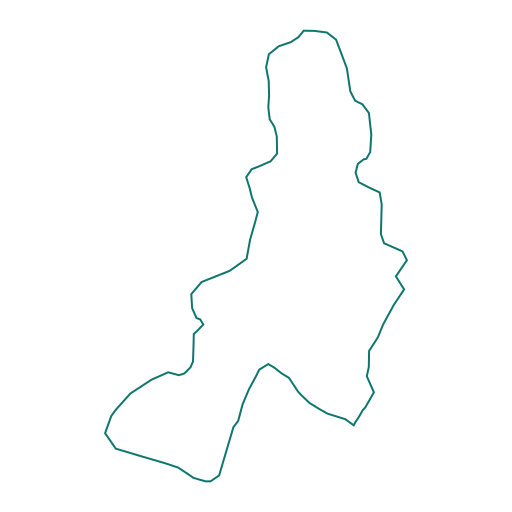 outline of Meme, Sud-Ouest, Cameroon
{"feature_id": "32672807B73139620026087", "entity_name": "Meme", "entity_type": "district", "adm_level": 2, "iso_a3": "CMR", "parent_name": "Cameroon", "parent_adm1": "Sud-Ouest", "projection": "mercator", "projection_center": [9.319, 4.685], "detail": "fine", "context": "isolated", "style": "outline", "palette": "teal", "viewbox_px": 512, "rotation_deg": 0, "n_neighbors": 0, "source": "geoboundaries", "source_scale": "gbopen_adm2", "svg_char_len": 1446}
<svg xmlns="http://www.w3.org/2000/svg" viewBox="0 0 512 512"><path d="M404.1,289.4L395.9,276.4L406.9,260.2L402.5,251.4L384.1,243.3L380.9,234.2L381.7,204.4L379.7,192.5L368.8,187.4L358.7,182.2L355.6,172.7L357.8,163.9L363.6,159.4L366.4,158.8L370.2,152.1L371.3,134.5L368.9,113.0L362.4,104.3L355.1,100.7L350.3,91.3L346.9,68.4L336.1,39.7L326.9,32.5L314.4,30.9L303.7,30.7L298.5,37.1L290.9,42.1L278.8,46.2L268.9,54.2L266.1,67.3L268.7,81.0L269.1,95.5L268.3,107.2L269.7,119.3L274.4,126.8L276.8,136.5L276.9,142.9L277.1,153.6L270.6,161.3L258.4,166.6L251.7,169.2L246.2,177.2L249.7,188.3L250.7,192.4L252.1,197.9L257.8,212.0L255.2,221.9L253.7,227.1L250.1,239.6L246.6,258.8L229.7,270.8L201.6,282.0L191.3,294.1L191.7,301.5L192.2,308.3L196.5,318.0L200.2,319.4L203.3,324.5L197.3,330.8L193.8,333.9L193.5,346.5L193.0,361.5L190.5,367.3L184.3,373.5L178.9,375.2L168.2,372.3L151.7,379.6L146.3,383.1L130.4,393.5L115.8,409.8L111.3,415.9L105.1,433.2L115.8,448.7L142.0,456.5L165.3,463.3L178.2,467.6L191.1,476.2L193.5,477.9L205.3,481.3L210.5,481.3L219.1,475.5L233.4,427.2L238.2,420.9L242.5,404.6L248.9,389.4L256.1,376.0L259.3,369.6L268.3,364.1L274.1,367.5L281.5,373.3L289.0,377.9L298.1,391.7L301.7,395.5L309.5,403.0L319.5,409.1L327.4,413.6L345.3,419.2L353.7,425.3L355.4,422.1L358.6,417.4L362.8,410.1L365.3,407.4L373.9,392.4L366.8,376.2L368.8,367.1L369.1,350.9L377.9,337.3L382.9,325.0L384.7,321.6L393.8,304.9L404.1,289.4Z" fill="none" stroke="#0f766e" stroke-width="2"/></svg>